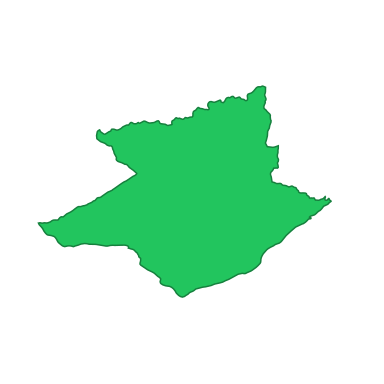 Lourdes, Norte de Santander, Colombia (orthographic projection), rotated 41°
{"feature_id": "7082276B15228121162034", "entity_name": "Lourdes", "entity_type": "district", "adm_level": 2, "iso_a3": "COL", "parent_name": "Colombia", "parent_adm1": "Norte de Santander", "projection": "orthographic", "projection_center": [-72.851, 7.965], "detail": "fine", "context": "isolated", "style": "filled", "palette": "green", "viewbox_px": 384, "rotation_deg": 41, "n_neighbors": 0, "source": "geoboundaries", "source_scale": "gbopen_adm2", "svg_char_len": 6068}
<svg xmlns="http://www.w3.org/2000/svg" viewBox="0 0 384 384"><g transform="rotate(41 192 192)"><path d="M303.1,107.9L302.4,107.5L300.8,107.8L299.9,107.1L299.5,107.1L299.4,107.2L299.3,107.5L299.4,109.0L298.9,110.0L298.0,110.6L297.4,110.6L297.1,110.4L296.5,109.5L296.1,108.5L295.9,108.2L295.5,108.1L295.5,109.8L295.2,111.4L294.1,112.9L293.6,114.3L292.7,115.5L291.7,116.1L290.5,117.1L289.7,117.0L288.4,116.4L287.9,116.5L286.7,117.8L286.1,118.1L284.8,119.4L284.5,119.4L283.1,118.7L280.9,119.0L280.5,118.9L279.4,118.2L278.8,118.3L278.0,118.6L275.9,120.3L274.8,121.4L273.6,122.0L272.7,122.1L271.5,121.3L269.4,121.3L268.2,120.7L267.6,120.6L267.3,120.7L265.7,121.5L264.1,121.7L263.6,121.9L263.1,122.4L262.1,124.3L261.7,124.7L258.8,125.5L257.8,126.1L256.7,126.9L255.8,127.4L253.8,127.3L253.2,127.5L252.4,128.1L251.3,129.3L250.4,130.0L249.9,130.3L248.0,130.8L245.8,131.9L242.0,128.7L240.0,127.5L239.3,126.8L238.6,125.6L238.7,123.1L238.5,121.6L238.0,120.5L239.8,118.7L240.7,118.0L240.9,117.8L240.9,116.8L239.6,115.6L237.7,114.3L237.3,113.8L237.0,112.3L236.1,110.9L235.5,110.5L234.0,109.9L233.0,109.1L232.0,107.9L231.1,106.0L229.3,103.9L228.6,102.6L226.8,100.5L225.0,103.7L223.8,105.2L219.1,108.4L215.3,106.9L214.1,104.1L212.1,100.2L209.3,96.6L208.8,94.7L208.5,93.2L207.0,90.7L205.8,87.5L204.8,86.2L203.9,85.9L203.2,85.3L201.7,83.9L201.0,82.9L200.2,82.4L199.7,82.2L195.7,82.0L194.3,81.6L191.7,81.7L191.2,81.4L190.1,80.3L189.5,79.0L188.9,77.0L188.7,76.5L188.3,76.2L187.6,75.5L187.4,74.1L186.8,73.2L185.1,72.2L184.0,71.8L183.3,71.1L182.6,70.3L182.4,69.4L181.7,68.2L178.8,64.7L176.5,65.4L175.6,65.9L174.6,67.9L173.5,68.6L172.6,69.7L172.2,71.1L172.3,75.3L172.1,77.4L171.7,78.6L170.7,80.2L170.1,81.5L170.4,82.8L171.1,83.6L172.5,84.8L173.3,85.9L173.3,86.8L173.1,87.3L172.6,87.8L172.1,88.0L170.4,88.1L168.2,89.5L166.2,89.2L165.5,89.3L165.0,89.9L163.5,92.5L162.7,93.0L162.1,93.0L160.6,92.8L159.9,93.2L159.3,94.0L158.7,96.1L157.6,96.6L157.2,97.0L156.5,98.4L156.5,99.5L157.1,102.0L157.1,103.9L156.1,104.6L154.8,104.9L154.2,104.7L153.7,104.1L152.9,104.2L150.8,108.4L150.3,109.3L149.4,110.1L147.1,111.2L146.3,112.1L146.1,112.7L146.0,113.5L146.1,114.4L146.3,115.2L147.2,116.4L147.8,116.8L150.0,117.6L150.2,117.8L150.5,118.4L150.5,118.8L150.1,119.4L149.8,119.7L149.1,119.9L148.2,120.8L147.3,121.5L145.3,122.3L142.8,123.9L141.8,123.8L141.2,124.2L141.0,125.4L141.1,127.5L140.9,128.3L140.4,129.7L140.4,130.6L141.2,132.2L142.0,133.0L142.9,134.3L143.0,134.7L142.9,135.3L141.4,136.8L140.2,139.0L138.2,140.1L138.0,140.3L138.0,141.5L137.7,142.8L137.4,143.2L135.3,144.1L134.3,144.4L133.9,144.7L133.3,145.7L131.4,146.3L131.1,147.0L131.1,149.3L130.4,151.3L130.6,152.0L131.0,152.6L131.8,153.5L132.5,153.9L132.5,154.5L130.2,157.6L129.4,158.0L127.4,158.4L124.0,160.7L123.2,161.1L122.5,161.1L121.0,160.4L120.1,160.3L119.7,160.5L118.9,161.6L118.3,163.4L117.6,164.7L114.8,167.8L113.0,168.6L110.4,169.3L109.9,169.5L109.1,170.2L107.5,174.3L107.2,174.7L105.9,174.8L105.6,175.5L105.4,176.5L104.8,177.4L103.9,178.2L103.4,178.6L100.9,179.1L100.2,179.8L100.1,180.4L100.2,183.1L99.9,183.5L99.4,183.7L98.9,184.2L98.4,185.1L97.1,188.1L96.7,190.9L95.8,193.1L94.8,194.6L91.9,195.8L90.8,196.7L90.2,197.4L90.2,197.8L90.5,198.5L90.6,199.5L89.8,201.0L88.5,205.4L87.9,205.9L86.7,206.2L83.4,206.5L82.8,206.3L82.0,205.8L81.5,205.7L81.4,205.8L80.9,207.6L81.0,208.7L83.0,212.1L85.3,214.2L89.9,214.0L94.0,212.5L95.0,212.3L97.3,212.3L99.3,211.5L100.5,210.4L100.9,210.2L101.8,210.2L102.2,210.3L104.0,211.6L105.9,212.4L108.0,213.9L112.1,215.4L112.6,215.8L113.3,217.0L114.2,217.5L115.8,217.5L116.4,217.4L120.0,215.9L123.2,215.1L124.2,214.3L124.7,214.1L126.5,214.2L128.5,214.6L133.7,214.1L138.0,214.2L138.2,214.3L138.4,215.5L138.0,217.1L137.2,218.9L135.1,226.8L134.1,228.9L133.2,232.0L131.1,240.6L130.6,242.3L130.7,242.7L129.6,245.3L128.6,247.2L127.1,253.2L126.5,255.8L126.0,256.7L125.0,257.7L124.4,258.7L124.4,262.0L123.5,263.5L123.1,265.7L121.5,269.0L121.2,269.9L121.2,270.5L119.7,273.0L119.0,273.7L117.6,276.0L115.9,277.5L115.4,278.6L114.7,281.6L114.3,284.0L113.5,286.8L111.8,290.8L111.2,295.1L110.9,295.5L109.8,296.3L109.3,297.1L109.1,298.3L109.2,301.1L108.7,301.6L106.9,303.1L105.7,304.3L105.1,305.7L104.7,307.5L103.5,309.7L102.7,310.7L100.7,312.2L99.4,313.8L97.4,315.0L96.5,316.2L98.1,316.9L101.8,317.3L103.5,317.7L106.1,318.7L108.6,319.2L110.4,319.3L111.5,319.0L114.3,317.2L116.9,316.1L118.3,316.0L119.4,316.2L120.9,316.6L123.4,317.6L124.7,317.8L129.1,317.7L130.4,317.4L131.8,316.7L133.3,314.6L134.4,313.4L135.3,312.7L136.5,311.9L137.9,311.3L138.5,310.9L139.1,309.6L141.0,306.7L142.3,304.2L144.8,301.3L146.7,299.9L148.6,298.9L153.8,294.6L162.6,289.2L163.8,288.1L165.5,285.8L167.2,284.1L168.7,283.0L173.2,278.8L176.0,276.3L177.3,275.5L178.4,275.0L179.1,274.8L179.9,275.0L180.3,275.3L180.8,276.1L181.2,275.8L183.1,275.1L184.4,274.4L185.3,274.0L186.5,273.8L189.2,274.1L190.1,273.9L193.5,275.0L194.4,275.8L195.7,275.9L196.4,275.7L197.0,276.0L198.4,277.7L199.3,279.5L200.0,280.5L201.3,280.8L209.6,279.8L214.6,278.4L216.9,278.0L221.6,278.1L223.6,277.8L225.0,278.0L225.5,278.2L226.8,280.6L227.8,281.3L228.6,281.5L230.9,281.2L233.4,280.2L234.9,279.3L236.8,278.0L239.1,277.3L241.5,277.2L244.1,277.7L246.6,278.6L249.7,278.8L251.8,278.5L253.7,277.6L254.9,275.7L255.3,273.8L256.0,271.9L256.1,270.2L256.4,268.9L257.7,266.4L258.1,265.1L258.5,262.7L262.5,256.8L264.4,254.7L267.8,250.0L269.5,246.6L272.9,242.0L274.3,239.8L275.4,237.0L277.1,233.7L280.8,223.7L283.4,220.3L284.9,219.4L285.9,218.3L286.3,217.1L288.3,213.0L288.8,211.3L289.8,206.9L290.1,204.2L290.2,201.3L290.0,200.2L289.1,198.8L288.2,197.7L287.4,196.2L286.8,194.4L286.3,191.9L286.3,186.6L286.6,184.9L287.4,182.4L288.9,178.9L289.0,178.0L289.5,176.6L291.4,173.3L291.8,171.6L291.9,170.6L291.6,163.0L292.3,156.9L293.2,150.5L296.1,143.9L296.8,142.8L297.4,140.5L297.6,139.0L297.7,136.0L299.1,134.3L299.1,133.9L298.9,133.6L298.6,133.5L297.4,134.2L297.1,133.9L297.1,133.2L297.5,132.1L299.5,128.8L299.9,126.3L299.9,125.0L300.3,123.1L300.6,122.4L300.8,121.6L300.9,119.6L300.7,116.4L302.5,112.3L302.7,110.9L302.5,110.3L303.1,107.9Z" fill="#22c55e" stroke="#15803d" stroke-width="1.5"/></g></svg>